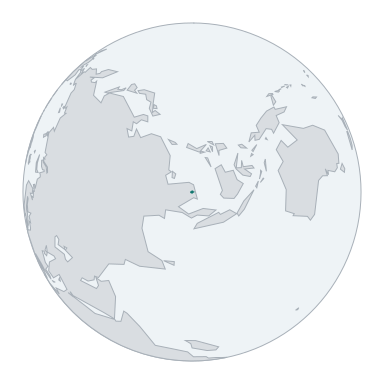 Bình Dương on an orthographic globe, rotated 293°
{"feature_id": "VNM-483", "entity_name": "Bình Dương", "entity_type": "Province", "adm_level": 1, "iso_a3": "VNM", "parent_name": "Vietnam", "parent_adm1": "", "projection": "orthographic", "projection_center": [106.657, 11.214], "detail": "fine", "context": "on_globe", "style": "filled", "palette": "teal", "viewbox_px": 384, "rotation_deg": 293, "n_neighbors": 0, "source": "natural_earth", "source_scale": "10m", "svg_char_len": 9235}
<svg xmlns="http://www.w3.org/2000/svg" viewBox="0 0 384 384"><g transform="rotate(293 192 192)"><circle cx="192" cy="192" r="169" fill="#eef3f6" stroke="#a8b0b8"/><path d="M347.5,246.9L347.3,248.1L347.2,248.3L347.5,246.9ZM270.7,42.5L270.9,42.7L276.8,46.3L271.2,43.2L286.1,53.0L290.3,57.7L282.2,50.4L278.7,48.2L279.8,50.0L276.5,48.2L275.1,48.3L271.1,46.2L266.6,42.7L263.9,41.4L264.9,42.9L261.4,42.1L260.4,40.1L254.2,38.7L245.6,33.7L246.3,32.0L239.8,29.9L255.6,35.5L270.7,42.5ZM348.4,128.2L348.3,127.9L348.0,127.2L348.4,128.2ZM281.8,49.6L280.8,48.7L283.0,50.3L281.8,49.6ZM275.7,48.7L277.0,49.6L275.7,49.3L275.7,48.7ZM268.3,46.0L265.8,45.4L267.6,45.3L268.3,46.0ZM263.9,44.7L258.0,44.0L260.5,45.8L250.1,40.7L258.6,42.7L260.3,42.1L261.3,43.4L263.9,44.7ZM245.3,38.2L243.2,37.7L244.6,37.6L245.3,38.2ZM233.5,28.2L228.7,27.1L227.8,26.9L226.0,26.5L233.5,28.2ZM220.5,25.5L222.1,25.8L218.5,25.2L217.4,25.0L220.5,25.5ZM216.2,24.8L215.9,24.7L214.8,24.6L216.2,24.8ZM216.6,25.0L222.7,25.9L222.8,26.0L216.6,25.0ZM212.9,24.4L215.0,24.7L212.9,24.4ZM205.9,23.6L204.8,23.5L206.4,23.7L205.9,23.6ZM209.0,24.0L208.7,24.0L207.7,23.8L209.9,24.0L209.0,24.0ZM212.7,24.4L213.5,24.5L211.8,24.3L212.7,24.4ZM202.4,23.4L203.5,23.5L200.4,23.5L198.8,23.2L202.2,23.3L202.4,23.4ZM58.8,88.0L58.7,88.2L57.5,89.9L52.4,96.8L46.2,109.7L50.6,104.5L50.3,113.0L53.5,115.0L64.2,101.9L58.9,98.1L63.4,90.9L71.9,88.1L77.3,92.5L79.2,89.9L80.2,82.2L86.0,78.8L81.1,79.4L79.7,82.4L76.6,83.1L77.7,80.4L79.7,79.1L79.4,77.1L69.9,84.5L67.4,88.4L63.8,87.5L59.3,94.1L56.7,96.3L63.2,86.1L66.0,82.9L74.3,71.9L71.0,75.0L63.0,85.9L63.4,84.6L58.8,89.7L62.7,84.8L72.3,72.9L72.1,73.0L89.2,57.9L92.7,55.4L92.7,55.8L101.2,50.3L102.3,50.0L96.9,53.2L93.2,56.0L93.8,58.2L95.9,57.4L101.3,53.9L100.8,55.3L106.0,51.6L109.6,52.0L109.6,48.7L116.1,45.3L121.7,43.8L123.8,42.3L114.7,45.0L111.0,46.7L107.8,49.0L97.8,54.2L96.2,54.4L106.7,47.4L105.6,47.3L114.2,42.6L133.8,36.9L138.6,37.2L133.0,44.1L128.2,45.5L127.8,43.6L122.2,48.3L125.5,46.5L125.1,47.9L131.1,45.7L131.1,46.6L136.9,43.1L137.6,44.1L133.9,46.3L143.4,44.6L146.5,46.4L148.6,45.6L150.1,44.3L153.1,47.9L154.5,47.2L154.1,45.7L156.7,43.5L162.5,41.2L163.3,42.5L161.3,43.5L158.1,48.0L152.7,51.0L153.6,51.4L158.5,49.2L162.3,43.6L165.6,41.9L164.5,44.3L165.1,43.3L167.0,42.9L169.5,43.9L171.0,41.3L190.6,37.1L197.4,39.3L194.2,41.5L208.6,41.8L215.2,45.3L214.8,43.8L221.4,43.6L219.4,42.4L219.7,41.7L235.8,42.0L240.2,43.6L246.7,43.0L246.5,42.4L243.6,41.1L250.1,40.7L260.5,45.8L260.4,46.9L266.9,49.8L265.9,52.2L268.0,56.0L263.0,57.7L265.2,60.9L267.5,61.7L272.1,67.2L273.6,76.4L262.2,65.1L257.9,53.0L258.8,57.3L255.5,55.4L253.9,56.5L254.8,60.0L256.8,60.9L242.5,63.6L238.5,73.4L246.2,73.7L250.9,77.5L253.1,91.5L238.3,109.6L244.4,117.0L244.8,121.6L239.3,123.9L238.7,117.2L233.2,114.3L233.7,110.5L224.7,112.7L225.0,107.4L217.8,112.2L220.5,116.7L228.3,116.3L222.0,123.5L229.8,131.9L230.6,141.6L217.0,157.7L203.3,162.0L202.5,165.1L197.1,161.2L189.8,166.9L199.7,185.4L199.3,190.6L187.6,199.7L187.4,195.8L173.2,185.3L170.4,197.5L181.2,208.7L184.8,221.1L176.5,216.7L172.8,205.8L167.8,201.7L169.3,191.0L165.3,174.7L156.9,177.0L157.7,170.7L151.0,157.1L139.1,160.1L119.9,174.9L117.1,191.1L110.6,197.5L103.2,172.8L103.9,157.0L98.8,157.7L93.3,143.5L76.7,139.3L76.5,135.1L72.9,136.2L69.4,131.1L70.1,124.4L67.0,124.0L65.8,141.8L69.4,142.5L75.6,137.1L74.3,143.3L78.0,149.9L65.9,162.5L44.9,170.2L46.6,158.0L50.2,123.0L52.2,119.7L52.4,119.3L52.6,118.6L49.1,123.7L51.0,117.2L45.0,140.4L42.3,150.2L44.5,170.8L43.4,172.4L45.2,177.1L55.7,175.7L55.0,179.6L47.7,196.7L36.5,218.1L40.2,236.0L43.1,250.5L40.9,257.7L46.0,269.4L45.6,272.1L48.9,278.5L51.3,284.2L53.6,288.9L53.2,288.4L46.8,278.3L41.0,267.9L36.1,257.1L31.9,245.9L28.5,234.5L25.9,222.8L24.1,211.1L23.2,199.2L23.1,187.3L23.9,175.4L25.5,163.6L27.9,151.9L31.1,140.4L35.1,129.2L40.0,118.3L45.5,107.8L51.8,97.6L58.8,88.0ZM79.1,104.9L84.9,107.6L89.0,98.2L91.6,98.7L92.0,95.5L89.3,97.6L91.3,89.3L96.3,88.0L99.0,84.4L97.2,83.4L87.9,87.3L84.8,98.8L80.6,101.8L79.1,104.9ZM93.7,54.6L93.2,55.0L92.8,55.2L93.7,54.6ZM189.9,23.1L187.9,23.1L189.3,23.1L186.7,23.4L180.2,23.8L182.3,23.9L180.4,24.4L175.0,25.1L176.8,24.5L169.6,25.8L168.9,25.3L168.1,25.5L165.5,25.6L160.9,26.3L161.3,26.0L159.4,26.4L157.6,26.7L155.0,27.2L154.9,27.2L153.2,27.6L165.3,25.2L177.5,23.7L189.9,23.1ZM200.5,23.3L198.4,23.2L198.7,23.3L196.1,23.2L199.5,23.5L191.8,23.5L187.7,23.5L193.9,23.1L193.4,23.0L200.5,23.3ZM59.4,87.8L59.1,88.6L59.3,88.9L56.4,92.4L59.4,87.8ZM65.8,79.7L66.0,79.6L62.0,84.2L62.4,83.7L65.8,79.7ZM69.4,75.9L66.3,79.3L68.2,77.1L69.4,75.9ZM97.5,53.1L98.1,53.1L96.8,54.0L94.9,55.1L97.5,53.1ZM153.4,30.7L155.1,29.9L156.1,29.8L161.8,28.3L162.8,28.8L159.8,29.9L153.4,30.7ZM61.4,103.6L58.5,105.6L58.9,103.9L59.8,103.5L61.4,103.6ZM55.8,98.5L55.5,101.4L55.1,99.5L55.8,98.5ZM155.5,31.0L157.7,30.2L156.8,30.9L155.5,31.0ZM163.8,29.1L163.3,29.8L163.6,28.7L163.8,29.1ZM123.7,333.5L127.2,335.5L125.0,335.3L123.7,333.5ZM56.6,253.2L59.9,277.0L56.0,275.7L52.0,267.9L48.5,253.0L51.9,250.2L52.7,243.9L56.6,253.2ZM227.5,251.2L232.6,252.1L232.4,252.8L227.5,251.2ZM222.2,248.3L228.1,248.8L221.2,250.0L222.2,248.3ZM230.3,249.0L236.2,247.7L238.8,246.6L238.3,248.1L230.3,249.0ZM218.3,248.2L196.7,246.9L188.2,244.4L190.2,241.7L204.0,243.2L218.3,248.2ZM189.5,241.6L176.5,232.8L158.9,208.2L165.2,209.1L183.7,224.5L182.5,226.9L190.4,233.7L189.5,241.6ZM221.0,228.7L219.8,235.9L207.9,234.7L202.5,233.2L198.8,223.6L200.9,219.0L205.3,219.4L222.5,204.1L228.5,208.3L223.2,214.9L228.1,221.5L221.0,228.7ZM117.7,192.7L121.0,202.9L117.5,204.1L117.7,192.7ZM229.5,193.1L222.5,199.8L228.9,190.7L229.5,193.1ZM233.2,184.4L233.6,188.0L230.8,184.5L233.2,184.4ZM202.3,170.0L197.6,170.5L197.5,168.0L203.4,165.9L202.3,170.0ZM231.1,149.9L231.1,157.1L230.1,159.5L228.0,155.1L231.1,149.9ZM167.0,37.1L157.9,38.4L152.1,40.3L149.8,42.7L149.2,40.2L158.2,37.2L167.0,37.1ZM187.6,36.8L189.5,35.2L191.3,35.9L191.1,36.4L187.6,36.8ZM186.9,35.8L184.4,33.9L187.2,33.1L188.6,34.7L186.9,35.8ZM169.6,31.5L166.9,31.7L167.7,31.0L169.6,31.5ZM308.1,310.9L308.5,311.7L303.7,316.3L297.6,321.1L293.3,323.0L308.1,310.9ZM269.7,324.6L271.0,319.7L276.9,319.0L273.2,323.5L269.7,324.6ZM312.1,307.3L316.5,302.4L319.6,296.6L317.4,301.7L319.0,301.4L309.5,311.2L312.1,307.3ZM252.1,304.0L219.3,313.6L212.3,312.0L214.7,307.8L209.7,294.3L212.0,294.6L211.2,285.5L231.0,277.8L245.4,262.9L255.7,264.0L263.9,253.0L274.3,253.9L270.7,262.7L281.0,268.5L289.3,248.9L294.1,269.7L300.6,277.0L300.8,289.9L284.1,311.7L275.8,316.0L274.8,314.1L271.1,316.3L266.4,315.5L265.0,308.7L261.3,310.9L265.4,305.6L259.9,310.3L258.0,305.9L252.1,304.0ZM325.6,265.6L326.8,266.1L328.1,269.5L326.3,269.0L325.6,265.6ZM344.5,251.7L344.6,253.3L343.5,254.0L344.5,251.7ZM347.2,248.3L345.9,249.2L347.5,246.9L347.2,248.3ZM333.5,252.9L334.0,254.2L333.4,254.7L333.5,252.9ZM333.1,252.5L334.0,250.4L333.7,252.5L333.1,252.5ZM328.0,241.6L328.9,240.5L329.2,241.3L328.0,241.6ZM240.1,252.4L247.2,247.0L251.0,246.6L240.1,252.4ZM327.0,239.4L325.0,239.3L325.3,238.1L327.0,239.4ZM327.3,236.7L327.1,235.1L328.2,238.8L327.3,236.7ZM323.5,233.3L325.9,236.0L323.2,233.7L323.5,233.3ZM322.0,233.8L320.2,232.6L320.4,232.1L322.0,233.8ZM300.6,236.3L307.4,245.7L301.7,245.5L295.3,239.6L289.9,245.1L278.0,244.1L280.8,240.8L279.3,235.5L266.7,233.3L264.2,229.8L268.8,227.6L260.3,224.8L269.6,223.4L273.3,230.5L278.4,225.1L287.2,226.6L295.6,229.0L302.2,234.2L300.6,236.3ZM269.5,238.7L271.0,238.8L269.6,240.8L269.5,238.7ZM316.8,228.8L319.4,232.1L319.0,233.0L317.7,232.5L316.8,228.8ZM303.7,233.0L310.9,227.3L312.5,227.4L307.8,233.9L303.7,233.0ZM309.2,223.5L312.5,224.3L314.1,227.6L313.5,228.4L309.2,223.5ZM250.7,231.8L250.3,233.7L247.8,232.1L250.7,231.8ZM253.8,230.8L261.0,233.1L253.1,232.4L253.8,230.8ZM231.5,223.3L233.7,227.9L240.5,225.3L235.3,229.3L239.9,236.9L238.3,239.7L233.7,231.4L232.0,239.7L229.0,239.5L227.4,232.2L230.5,223.5L233.5,220.1L245.8,219.0L231.5,223.3ZM253.8,225.2L251.8,219.8L253.3,216.3L255.4,219.2L253.8,225.2ZM246.0,206.9L240.8,200.5L236.1,202.7L245.5,194.6L249.0,201.9L246.0,206.9ZM241.5,193.3L237.1,195.2L241.6,190.5L241.5,193.3ZM236.0,193.1L235.4,188.9L238.9,189.6L236.0,193.1ZM243.8,193.6L244.5,186.4L246.3,190.7L243.8,193.6ZM233.8,179.4L241.4,186.6L231.6,183.3L230.9,169.6L235.1,169.5L233.8,179.4ZM255.1,127.2L253.9,123.6L257.6,123.0L257.4,125.6L255.1,127.2ZM268.5,119.0L258.2,121.7L249.8,124.5L252.6,126.2L251.0,132.3L246.6,126.3L252.3,120.0L258.7,119.1L259.3,114.2L263.9,111.2L262.3,105.1L264.2,102.7L267.5,108.1L268.5,119.0ZM261.4,102.6L260.4,92.5L267.4,94.4L269.2,97.0L266.7,100.7L263.2,99.4L261.4,102.6ZM262.2,90.7L258.7,89.5L250.0,75.2L249.9,72.8L260.3,84.0L257.6,83.6L258.5,87.0L262.2,90.7ZM244.1,38.5L243.3,37.8L245.1,38.5L244.1,38.5ZM218.5,41.1L219.2,40.2L221.3,40.9L218.5,41.1ZM222.4,38.5L219.5,38.3L222.3,37.9L222.4,38.5ZM213.0,38.1L218.2,37.9L213.7,38.9L213.0,38.1Z" fill="#d9dde1" stroke="#a8b0b8" stroke-width="1"/><path d="M191.8,192.5L191.6,192.3L191.6,192.2L191.3,192.3L191.3,192.2L191.2,192.1L191.2,191.9L191.1,191.7L191.2,191.3L191.3,191.3L191.3,191.2L191.5,191.0L191.8,191.3L191.9,191.5L192.0,191.7L192.3,191.7L192.7,191.7L192.8,191.8L192.8,192.0L192.9,192.3L192.7,192.5L192.4,192.5L192.4,192.8L192.5,192.8L192.5,193.0L192.4,192.9L192.4,193.0L192.2,193.0L192.1,192.9L192.0,192.7L191.9,192.6L191.8,192.5Z" fill="#14b8a6" stroke="#0f766e" stroke-width="1.5"/></g></svg>